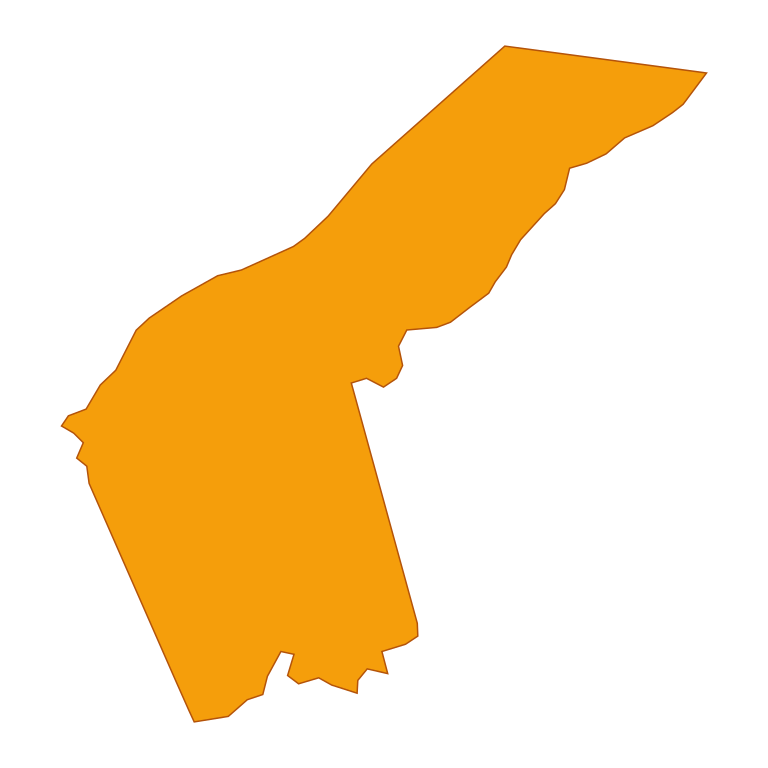 the district of Taboleiro Grande, Rio Grande do Norte, Brazil
{"feature_id": "56859067B31995053212308", "entity_name": "Taboleiro Grande", "entity_type": "district", "adm_level": 2, "iso_a3": "BRA", "parent_name": "Brazil", "parent_adm1": "Rio Grande do Norte", "projection": "robinson", "projection_center": [-38.046, -5.936], "detail": "fine", "context": "isolated", "style": "filled", "palette": "amber", "viewbox_px": 768, "rotation_deg": 0, "n_neighbors": 0, "source": "geoboundaries", "source_scale": "gbopen_adm2", "svg_char_len": 938}
<svg xmlns="http://www.w3.org/2000/svg" viewBox="0 0 768 768"><path d="M194.2,721.9L228.3,716.4L247.3,699.7L262.8,694.5L267.4,676.3L280.9,651.5L294.0,654.3L287.6,675.5L298.6,683.8L318.7,677.8L331.8,685.1L357.1,693.2L357.8,680.4L367.2,668.9L387.7,673.6L381.9,651.5L405.6,644.2L417.8,636.1L417.3,623.3L351.3,383.0L366.5,378.3L383.5,387.1L396.6,378.3L402.6,365.5L398.5,346.2L406.8,330.0L436.7,327.4L450.5,322.2L469.8,307.3L488.7,293.2L495.3,281.7L506.4,267.1L511.7,254.6L520.6,239.7L544.3,213.6L555.4,203.7L564.4,189.6L569.6,168.2L586.7,163.2L606.2,153.8L624.6,137.9L652.9,125.7L672.5,112.6L683.1,104.3L706.5,73.0L504.8,46.1L371.8,164.0L328.1,216.2L304.6,238.4L293.4,246.5L241.4,270.0L217.7,275.7L181.8,295.8L149.3,318.0L136.2,330.2L115.8,370.2L100.3,385.0L86.1,409.1L68.4,415.8L61.5,426.0L73.7,433.1L83.3,442.7L76.7,458.1L86.8,466.2L89.1,483.4L176.5,682.5L188.9,710.4L194.2,721.9Z" fill="#f59e0b" stroke="#b45309" stroke-width="1.5"/></svg>